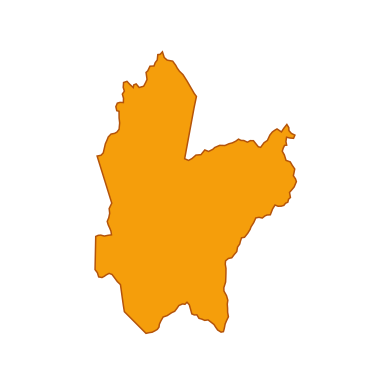 Guapó, Goiás, Brazil, rotated 164°
{"feature_id": "56859067B33322565088724", "entity_name": "Guapó", "entity_type": "district", "adm_level": 2, "iso_a3": "BRA", "parent_name": "Brazil", "parent_adm1": "Goiás", "projection": "equal_earth", "projection_center": [-49.596, -16.918], "detail": "fine", "context": "isolated", "style": "filled", "palette": "amber", "viewbox_px": 384, "rotation_deg": 164, "n_neighbors": 0, "source": "geoboundaries", "source_scale": "gbopen_adm2", "svg_char_len": 2650}
<svg xmlns="http://www.w3.org/2000/svg" viewBox="0 0 384 384"><g transform="rotate(164 192 192)"><path d="M254.2,79.8L249.9,80.0L244.8,81.6L241.5,82.1L238.8,84.1L235.9,86.5L231.9,87.0L229.7,86.0L227.2,87.4L225.7,84.4L225.7,79.7L225.8,74.9L223.7,73.2L221.2,72.6L220.1,68.6L217.6,67.1L215.2,65.1L211.8,64.6L209.5,61.5L207.4,58.6L206.6,55.8L205.4,52.3L202.7,49.3L200.3,49.1L198.6,51.9L196.5,56.0L194.1,59.0L191.4,62.0L190.9,66.6L189.8,70.6L189.0,74.5L187.4,78.1L187.4,82.8L188.6,88.0L187.8,91.2L184.5,96.2L183.0,100.7L181.7,104.8L180.4,109.2L179.9,113.5L178.7,116.6L175.3,118.1L171.9,117.8L168.7,120.2L165.4,122.4L163.4,126.5L160.5,128.8L159.0,131.4L157.0,134.3L154.0,134.0L149.9,136.9L146.5,140.0L144.9,142.2L141.1,145.6L137.8,149.5L134.6,149.2L131.6,147.6L128.5,148.9L126.3,149.2L123.0,148.5L119.2,153.5L115.8,156.6L113.2,154.6L110.2,153.8L107.4,153.8L105.2,155.4L102.7,155.8L101.2,158.4L98.9,159.6L98.4,164.7L95.0,166.9L92.4,168.7L88.8,173.2L88.9,176.1L90.1,179.7L88.6,182.5L86.9,185.8L88.3,190.0L89.3,193.9L92.9,196.5L93.0,202.2L94.0,206.3L92.3,208.9L90.2,211.3L88.1,210.9L87.8,214.6L86.0,218.6L83.0,216.9L79.6,215.6L77.4,218.3L80.3,220.9L81.9,224.3L81.2,227.2L82.2,230.8L86.0,228.1L89.5,225.1L92.9,229.2L95.6,228.5L98.3,227.5L101.4,225.3L105.3,220.8L109.2,219.5L113.7,216.0L115.8,217.2L118.8,224.4L121.8,225.3L125.0,224.6L128.0,227.2L130.7,228.1L132.7,230.0L135.9,228.8L139.7,228.1L143.1,228.2L147.5,227.6L152.5,229.2L157.9,228.5L160.2,227.3L164.9,226.4L168.1,228.9L173.1,225.4L178.0,226.4L182.7,224.2L186.6,223.3L189.9,226.0L166.7,272.6L161.4,282.6L162.7,286.1L166.2,300.1L168.3,307.2L170.8,311.6L172.1,315.3L172.7,318.2L174.5,323.1L179.5,325.6L181.6,328.9L181.8,334.9L184.7,333.1L187.0,333.5L189.0,328.5L191.7,326.5L193.8,323.6L197.7,324.5L201.2,320.6L203.2,319.6L204.2,312.6L206.2,310.2L209.3,307.0L214.0,307.0L215.9,311.3L218.5,311.0L219.7,308.6L222.3,312.9L224.0,316.3L227.6,316.1L229.3,311.5L229.2,307.6L232.0,305.3L232.0,301.0L233.3,296.9L236.5,298.0L239.3,298.0L241.7,295.0L241.9,290.9L239.9,289.7L241.7,283.1L242.5,278.3L244.8,272.4L247.6,270.3L250.1,269.7L253.9,270.0L257.3,268.0L259.4,265.3L262.0,262.2L264.0,258.6L266.5,254.1L269.3,252.4L273.3,252.7L272.2,203.4L276.2,198.9L277.0,194.2L279.1,190.2L281.6,187.1L281.6,183.6L281.0,179.6L280.7,176.6L281.2,173.0L284.5,173.5L288.4,173.8L291.6,175.7L294.1,176.2L296.8,175.8L306.6,144.1L305.2,140.5L305.1,136.1L302.1,134.6L299.7,135.1L297.1,136.0L294.1,136.6L291.6,134.8L290.0,130.6L288.5,126.5L286.3,122.7L289.2,102.3L290.0,95.6L275.2,68.8L272.1,68.6L268.9,68.2L265.8,68.8L263.2,69.5L261.0,71.2L259.8,73.9L257.5,76.6L254.2,79.8Z" fill="#f59e0b" stroke="#b45309" stroke-width="1.5"/></g></svg>